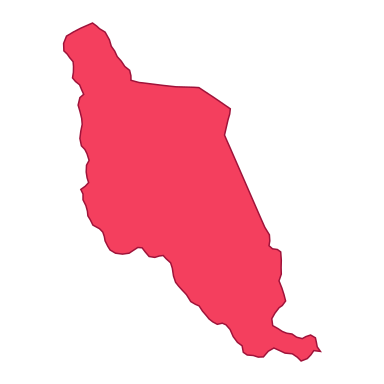 Varzedo, Bahia, Brazil (Natural Earth projection)
{"feature_id": "56859067B79843241756846", "entity_name": "Varzedo", "entity_type": "district", "adm_level": 2, "iso_a3": "BRA", "parent_name": "Brazil", "parent_adm1": "Bahia", "projection": "natural_earth1", "projection_center": [-39.391, -12.955], "detail": "fine", "context": "isolated", "style": "filled", "palette": "rose", "viewbox_px": 384, "rotation_deg": 0, "n_neighbors": 0, "source": "geoboundaries", "source_scale": "gbopen_adm2", "svg_char_len": 1875}
<svg xmlns="http://www.w3.org/2000/svg" viewBox="0 0 384 384"><path d="M66.5,36.1L63.6,43.4L63.9,50.9L67.3,54.2L69.8,57.8L73.1,61.7L73.5,66.5L73.4,72.3L72.5,77.9L75.5,81.5L79.6,84.8L81.7,89.9L83.7,94.3L79.9,97.6L78.1,105.1L80.1,111.9L81.7,118.5L82.2,124.4L80.8,131.2L79.9,138.5L81.4,145.8L84.9,149.5L87.0,153.7L89.1,160.4L86.5,165.2L86.2,172.0L87.1,177.8L88.6,182.6L85.3,186.2L80.8,189.4L83.0,194.0L83.0,199.8L85.9,205.6L87.4,211.1L87.9,215.9L90.3,219.8L92.9,225.1L99.5,228.7L102.8,232.1L104.3,236.5L105.1,240.9L107.8,246.3L110.1,250.0L115.5,253.2L122.5,254.1L129.1,253.2L133.3,250.4L137.8,247.5L142.1,247.8L145.2,251.9L149.1,256.5L154.8,257.4L159.3,256.0L163.2,255.5L166.1,258.7L170.6,262.8L172.3,268.1L173.5,276.0L175.6,282.3L178.5,286.0L182.0,289.9L186.5,294.7L190.8,301.6L195.4,304.3L199.1,305.9L202.5,311.1L206.1,315.3L209.1,319.0L212.8,321.9L217.3,324.3L222.3,323.2L226.0,324.8L230.1,329.5L233.2,336.6L237.5,342.4L242.1,345.8L243.3,352.3L247.2,355.0L253.3,355.5L258.2,357.1L263.4,356.9L268.3,351.2L273.9,348.0L279.7,350.6L285.0,353.1L292.3,353.8L297.3,357.2L301.1,361.0L307.3,358.6L310.9,354.8L313.8,350.6L320.4,351.4L317.2,346.8L316.4,342.4L315.4,337.8L310.6,335.0L305.9,336.6L302.3,338.6L296.6,337.2L292.0,334.0L286.7,333.2L282.4,331.5L278.0,328.6L272.7,325.6L271.8,318.7L274.9,313.2L279.1,307.7L282.3,305.5L285.6,301.0L284.0,294.7L281.9,288.1L279.0,280.9L281.3,274.1L281.1,267.7L281.3,260.3L280.7,251.9L277.4,249.5L272.5,248.8L269.0,245.7L269.8,240.9L269.4,234.8L264.8,227.3L260.1,216.7L229.9,147.4L227.0,140.9L224.5,135.1L228.0,119.9L229.7,114.1L230.3,108.8L214.9,98.2L198.9,87.6L194.2,87.3L176.0,86.8L163.0,85.4L143.0,82.9L139.1,82.5L131.0,80.3L130.9,75.7L129.6,70.3L124.8,66.5L121.3,61.2L117.2,56.6L114.7,51.1L111.3,46.3L109.4,39.8L105.1,32.1L99.5,28.7L96.6,26.0L92.5,23.0L80.9,28.1L73.7,31.8L66.5,36.1Z" fill="#f43f5e" stroke="#9f1239" stroke-width="1.5"/></svg>